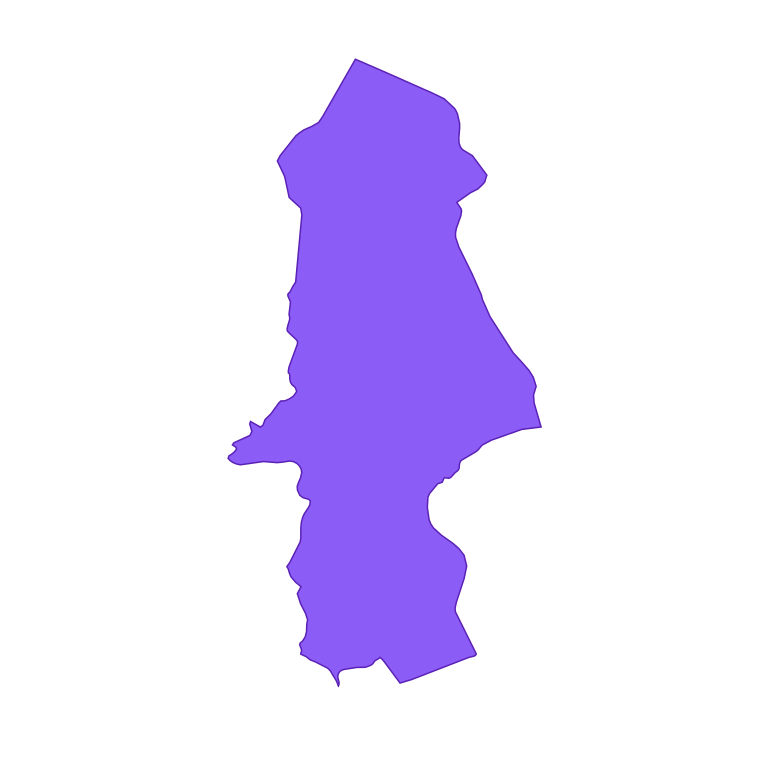 the border of Matagalpa, rotated 107°
{"feature_id": "NIC-666", "entity_name": "Matagalpa", "entity_type": "Department", "adm_level": 1, "iso_a3": "NIC", "parent_name": "Nicaragua", "parent_adm1": "", "projection": "albers", "projection_center": [-85.323, 12.952], "detail": "fine", "context": "isolated", "style": "filled", "palette": "violet", "viewbox_px": 768, "rotation_deg": 107, "n_neighbors": 0, "source": "natural_earth", "source_scale": "10m", "svg_char_len": 3141}
<svg xmlns="http://www.w3.org/2000/svg" viewBox="0 0 768 768"><g transform="rotate(107 384 384)"><path d="M458.9,500.7L461.0,490.9L461.5,489.8L458.8,487.7L452.7,487.3L445.6,483.4L433.0,479.1L430.4,477.7L429.1,473.9L425.9,470.1L422.1,467.1L418.8,465.9L416.5,465.4L413.6,467.6L413.0,468.3L412.4,469.9L411.6,471.7L410.4,473.2L409.7,473.9L408.0,474.9L406.3,475.7L403.3,476.6L402.3,477.1L401.7,477.8L401.3,478.7L399.1,479.4L395.3,479.8L371.0,478.5L369.7,478.8L368.7,479.2L368.0,479.8L367.4,480.6L362.5,490.5L361.3,492.1L359.8,492.7L357.6,493.0L350.3,493.1L348.5,493.4L345.1,495.2L337.3,496.6L332.8,497.5L328.2,501.4L326.7,502.1L325.6,502.0L323.3,500.8L317.3,499.7L312.3,498.3L246.3,512.0L240.1,515.1L233.4,529.2L215.2,539.3L213.2,540.9L201.9,551.2L195.7,550.0L172.3,540.8L168.6,538.3L164.4,534.9L158.7,528.3L153.0,523.0L146.3,520.9L81.8,506.3L85.7,472.0L90.4,433.4L91.5,423.8L93.7,409.8L99.8,397.2L101.1,395.6L104.1,392.8L112.5,388.0L117.0,386.5L126.7,384.4L131.5,382.7L134.7,380.5L136.4,378.4L137.3,376.3L139.8,366.2L154.2,346.7L156.1,346.8L161.3,346.7L164.7,348.2L170.2,351.4L176.0,357.4L189.0,367.5L194.0,361.4L195.9,360.4L200.4,359.7L214.2,360.3L219.0,359.7L222.8,358.4L231.1,352.5L252.7,332.2L270.3,317.0L274.4,314.6L288.7,302.2L316.3,269.7L323.0,258.3L328.6,249.3L333.9,243.2L341.8,237.8L350.7,237.8L358.1,235.0L379.2,221.2L387.1,238.9L406.4,265.0L413.9,272.4L419.0,274.5L420.8,275.5L422.9,277.2L433.8,287.2L434.6,287.8L435.6,288.2L436.7,288.4L437.9,288.4L440.2,288.1L442.3,287.5L443.5,287.6L445.1,288.0L447.9,290.0L453.3,292.6L454.6,293.6L455.3,294.8L455.8,298.3L456.5,299.1L461.0,299.6L463.7,303.5L475.4,308.4L479.4,308.9L489.3,306.5L500.2,301.4L503.9,298.6L507.1,294.8L511.8,285.0L516.3,271.4L519.4,264.4L524.3,257.4L533.9,251.7L546.5,250.5L571.7,251.0L577.5,250.5L581.0,249.1L615.2,216.8L616.8,217.2L618.1,218.6L620.4,222.6L658.3,270.8L665.3,281.2L649.0,303.3L647.8,305.3L646.6,308.0L647.4,308.3L648.2,308.8L650.9,311.4L651.8,311.9L652.7,312.3L653.8,312.5L654.7,312.9L655.6,313.4L657.1,314.7L660.0,318.5L660.5,319.4L662.9,326.9L668.4,338.3L669.4,339.9L670.7,341.3L671.5,341.9L672.4,342.4L673.4,342.7L674.5,342.9L675.8,342.9L676.9,342.7L678.0,342.4L682.2,339.9L683.1,339.5L684.2,339.3L685.2,339.2L686.2,339.3L686.0,339.6L684.6,340.5L682.0,342.6L681.8,342.8L673.8,351.7L672.2,354.9L669.9,367.9L669.4,373.6L669.1,374.8L667.5,378.7L666.7,384.6L665.6,384.9L664.0,384.6L661.9,385.4L657.9,388.5L655.9,388.3L653.6,386.7L648.7,385.4L643.5,385.7L636.4,387.6L631.9,388.1L626.3,392.0L618.4,399.6L609.8,405.6L602.1,404.1L599.4,410.6L595.6,416.5L593.2,418.6L588.6,421.7L587.1,423.5L582.1,421.9L559.6,418.0L555.8,418.5L545.4,421.6L540.1,422.6L535.5,422.8L531.4,422.3L524.7,420.3L521.4,419.6L517.6,420.2L516.3,422.1L516.4,428.2L515.1,431.9L510.7,435.8L507.1,437.1L502.5,436.9L498.3,436.4L492.7,436.8L489.4,438.5L486.9,441.1L485.4,444.1L484.7,448.0L485.2,451.6L488.8,459.1L490.5,463.4L493.4,476.6L503.3,497.8L503.6,502.0L503.2,505.7L502.2,508.8L500.7,511.3L498.1,511.3L496.2,509.6L492.7,507.2L489.3,505.9L487.7,507.3L486.6,511.1L484.2,510.5L472.3,497.1L468.0,496.5L461.5,500.7L458.9,500.7Z" fill="#8b5cf6" stroke="#5b21b6" stroke-width="1.5"/></g></svg>